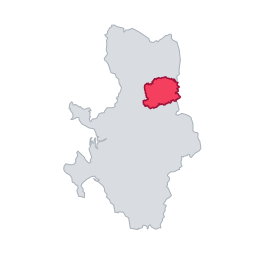 Ukraine, with Zhytomyr highlighted, rotated 82°
{"feature_id": "UKR-324", "entity_name": "Zhytomyr", "entity_type": "Region", "adm_level": 1, "iso_a3": "UKR", "parent_name": "Ukraine", "parent_adm1": "", "projection": "mercator", "projection_center": [28.508, 50.617], "detail": "fine", "context": "in_parent", "style": "filled", "palette": "rose", "viewbox_px": 256, "rotation_deg": 82, "n_neighbors": 0, "source": "natural_earth", "source_scale": "10m", "svg_char_len": 7988}
<svg xmlns="http://www.w3.org/2000/svg" viewBox="0 0 256 256"><g transform="rotate(82 128 128)"><path d="M173.0,175.9L175.7,180.1L178.0,182.3L179.2,182.4L182.4,180.9L184.4,181.4L186.3,180.0L190.9,181.0L189.5,183.7L188.8,186.4L182.8,187.4L180.6,185.8L178.2,185.8L176.9,187.8L174.5,189.2L173.8,190.7L169.5,190.6L166.6,192.0L164.4,195.0L162.0,196.8L160.1,197.4L157.2,196.7L154.8,194.7L156.7,189.0L156.0,185.9L154.2,184.4L151.8,184.3L148.7,181.7L145.1,182.1L143.9,180.8L151.3,175.1L152.9,174.9L157.3,171.8L156.5,169.4L154.6,170.0L152.0,168.0L143.6,169.6L138.5,166.6L136.1,166.3L135.5,165.5L138.0,164.9L138.2,163.8L134.8,163.1L132.9,161.7L142.2,163.0L144.7,160.7L142.2,161.5L139.5,161.0L138.6,160.2L137.4,157.8L137.4,154.5L136.2,151.5L135.3,150.6L137.1,155.4L136.6,160.1L132.7,159.8L133.0,157.9L131.2,160.4L128.1,160.5L124.2,161.7L122.5,166.5L117.5,173.2L112.9,175.4L111.3,175.0L110.7,175.6L110.3,177.6L111.1,178.6L111.8,181.8L111.6,183.2L110.0,181.4L108.1,180.6L106.0,180.8L102.2,182.7L100.9,182.4L101.0,183.3L100.6,183.6L97.1,182.7L95.5,181.8L94.3,180.1L95.4,179.3L97.6,179.0L97.5,176.5L100.3,173.4L100.4,172.0L102.8,170.1L103.5,168.0L102.6,164.9L102.9,163.3L105.5,162.2L105.8,164.6L106.3,164.4L106.9,163.2L110.5,164.3L111.6,163.5L113.1,165.1L115.8,164.7L116.5,163.9L114.1,162.0L114.3,158.8L113.5,157.1L110.0,154.8L109.3,152.0L109.6,149.6L107.8,148.6L105.0,145.8L105.8,140.9L105.6,139.1L104.8,137.7L102.5,137.9L100.8,135.0L98.0,134.5L97.2,135.5L96.7,134.5L95.8,134.6L95.8,133.4L95.2,132.9L92.9,132.6L92.3,131.5L89.8,129.8L86.6,128.8L84.9,129.9L84.2,129.6L82.9,130.6L78.5,130.4L75.9,132.6L72.3,133.5L71.9,135.1L70.6,137.2L62.5,138.6L59.1,140.1L58.0,141.4L55.9,141.9L52.3,138.3L51.2,138.0L47.7,138.7L41.8,137.2L38.8,137.2L35.7,135.6L34.7,137.0L32.6,138.0L32.4,136.6L31.4,135.2L29.2,134.7L28.5,133.5L26.5,132.6L25.4,130.0L24.0,130.0L24.1,127.2L25.9,125.1L28.7,118.3L32.2,118.9L32.3,118.2L30.6,116.6L31.0,114.4L30.0,110.1L30.6,108.9L34.5,103.6L42.3,95.0L45.3,94.4L46.6,92.2L46.7,90.7L45.4,87.6L46.8,86.5L46.7,86.0L45.4,84.7L44.0,81.3L41.7,77.9L41.9,76.4L41.0,74.1L41.1,72.4L43.2,71.9L45.0,72.8L47.1,71.4L49.8,67.6L57.9,66.4L67.9,66.7L77.7,69.4L81.9,69.7L83.7,72.6L87.2,72.5L88.2,73.1L88.4,74.8L90.2,72.7L92.0,73.3L94.0,72.4L98.8,73.6L99.3,75.2L100.3,75.7L101.7,73.7L104.6,72.0L107.4,76.6L109.8,75.6L116.8,74.8L118.5,76.3L118.8,77.7L121.2,78.8L122.3,77.1L121.1,72.6L121.7,70.9L123.7,67.0L126.3,64.2L133.1,63.1L139.5,64.1L141.3,62.9L142.3,60.0L143.1,59.3L147.4,60.3L151.3,58.7L158.1,58.6L160.3,60.3L162.5,65.5L165.8,69.2L165.6,70.4L162.6,71.1L162.5,71.7L163.5,73.4L163.8,77.0L164.4,77.4L163.7,78.9L166.9,79.3L169.4,80.5L173.5,79.9L174.6,82.5L176.3,82.8L176.4,84.6L177.8,88.6L177.3,90.8L177.5,92.1L179.6,95.2L180.5,95.6L183.0,93.9L185.6,94.4L187.8,96.8L190.1,96.8L191.5,98.1L193.1,96.6L200.7,94.4L202.6,96.6L202.9,97.9L204.0,99.9L208.0,103.3L209.1,102.9L209.5,101.4L210.4,100.9L212.6,102.5L214.9,102.7L218.0,105.0L221.0,104.4L222.5,106.4L224.3,106.7L228.0,109.5L231.5,109.4L231.2,112.0L232.0,113.1L231.8,115.2L229.3,118.5L226.9,119.5L227.7,121.1L230.4,122.2L230.6,122.8L228.1,123.0L227.1,124.2L226.4,126.8L228.6,127.6L229.3,130.8L228.8,131.8L230.0,132.4L227.5,139.7L216.9,139.9L214.8,142.8L211.7,143.8L210.7,144.6L209.7,148.7L210.7,149.5L209.7,151.2L209.9,152.6L202.1,152.9L199.8,155.6L196.4,156.3L193.5,159.0L192.3,158.2L190.8,158.2L187.5,159.9L184.6,159.8L182.3,160.5L177.4,164.6L175.1,168.1L172.9,169.2L176.0,166.3L176.1,164.8L175.4,163.6L173.5,166.5L171.0,167.8L171.1,171.2L173.0,175.9ZM139.8,168.4L133.0,166.7L132.4,164.7L133.9,166.4L139.8,168.4Z" fill="#d9dde1" stroke="#a8b0b8" stroke-width="1"/><path d="M94.3,71.6L94.5,71.6L94.7,71.8L94.7,72.0L94.7,72.3L94.8,72.5L95.0,72.7L95.3,72.9L95.4,73.0L95.5,73.2L95.6,73.7L95.7,73.9L95.8,74.0L96.0,73.9L96.3,73.6L96.9,73.2L97.2,73.1L97.5,73.1L98.5,73.3L98.8,73.4L98.9,73.7L98.9,74.1L99.1,75.1L99.2,75.4L99.3,75.6L99.5,75.6L99.8,75.5L100.0,75.5L100.1,76.1L100.3,76.2L100.5,76.0L100.5,75.7L100.5,75.0L100.5,74.7L100.8,74.2L101.1,73.8L101.4,73.5L101.8,73.3L102.2,73.3L102.9,73.2L103.2,73.1L103.4,72.9L103.7,72.3L103.9,72.1L104.1,72.0L104.4,72.0L104.8,72.1L105.1,72.3L105.2,72.5L105.5,73.2L105.9,73.8L106.0,74.1L106.1,74.6L105.9,75.0L106.0,75.2L106.2,75.4L106.5,75.7L106.6,76.0L106.7,76.4L106.8,76.8L107.1,76.9L107.3,76.8L107.5,76.7L107.5,76.9L107.6,77.0L107.9,76.9L107.9,77.1L107.9,78.0L107.7,78.4L107.6,78.6L107.4,78.8L107.1,79.0L106.9,79.1L106.6,79.2L106.5,79.3L106.7,80.1L106.9,81.0L106.9,81.3L107.0,81.5L107.1,81.4L107.4,81.0L107.6,81.0L107.8,81.2L108.2,81.5L108.3,81.7L108.3,81.9L108.4,82.0L108.8,82.2L109.0,82.3L109.1,82.6L108.8,83.1L108.7,83.4L108.8,84.1L108.7,84.2L108.4,84.0L108.0,84.0L107.9,84.1L108.0,84.4L108.1,84.5L108.3,84.7L108.9,85.7L109.2,86.0L109.3,86.2L109.0,87.5L109.6,87.7L109.9,87.7L110.0,87.8L110.0,88.1L110.1,88.3L110.2,88.9L110.2,89.1L110.2,89.3L109.6,89.7L109.5,90.0L109.2,90.5L108.9,90.9L108.9,91.1L109.0,91.2L109.3,91.4L109.3,91.6L109.1,92.2L108.9,92.2L108.9,92.3L108.9,92.5L109.1,92.6L109.2,92.8L109.1,93.3L108.8,93.5L108.6,93.4L108.5,93.5L108.8,93.8L108.7,94.0L108.3,94.1L108.4,94.3L108.5,94.4L109.1,94.2L109.6,94.2L109.8,94.3L109.9,94.5L110.1,94.8L110.2,95.3L110.3,95.6L110.4,95.9L110.4,96.0L110.5,96.1L110.8,96.1L111.1,96.7L111.2,96.8L111.4,96.9L111.4,97.0L111.4,97.9L111.4,98.5L111.5,98.7L111.8,98.9L111.8,99.1L111.8,99.4L111.9,99.6L111.8,99.8L111.6,99.9L111.2,100.1L111.1,100.3L111.3,101.2L111.2,101.4L111.2,101.5L111.9,102.8L111.9,103.0L111.5,103.4L111.1,103.7L111.0,103.9L110.7,104.3L110.4,104.4L110.2,104.6L109.8,104.8L109.4,105.1L109.1,105.1L108.9,105.3L108.6,105.4L108.4,105.6L108.5,105.7L108.6,105.9L108.6,106.2L108.5,106.6L108.2,107.0L108.4,107.1L108.9,107.0L109.0,107.1L109.0,107.5L108.9,107.6L108.7,107.7L108.6,107.8L108.6,108.1L108.3,108.1L108.2,108.1L107.7,108.6L106.8,108.7L106.6,108.8L106.5,109.2L106.4,109.3L106.2,109.2L104.9,109.3L104.1,109.2L103.7,109.2L103.3,109.1L103.2,109.0L103.1,108.9L103.3,108.6L103.2,108.2L103.1,107.9L102.8,107.7L102.9,107.4L103.4,106.6L103.0,106.2L102.9,106.0L102.7,105.6L102.7,105.3L102.7,105.0L102.7,104.9L102.6,104.7L102.4,104.5L102.4,104.4L102.4,104.2L102.2,104.1L101.5,104.0L101.4,104.0L101.2,104.3L101.1,104.5L100.7,104.6L100.5,104.8L100.4,105.1L100.3,105.4L100.2,105.5L99.1,105.4L98.7,105.6L98.4,105.7L98.2,105.5L97.9,105.3L96.8,105.3L96.7,105.3L96.4,105.7L96.3,105.8L96.2,105.9L95.9,105.9L95.7,105.9L95.1,105.7L94.9,105.6L94.6,105.8L93.5,105.8L92.5,106.1L92.1,106.1L91.3,106.0L90.3,106.1L87.9,105.4L87.8,105.2L87.7,104.9L87.2,104.2L87.2,103.9L87.2,103.7L86.6,103.5L86.5,103.3L86.6,102.9L86.9,102.8L87.0,102.7L86.9,102.5L86.6,101.9L86.6,101.7L87.2,101.8L87.3,101.8L87.5,101.7L87.9,101.4L87.9,101.2L88.0,101.0L87.9,100.8L87.8,100.7L87.6,100.6L87.5,100.4L87.5,100.1L87.7,99.8L87.8,99.7L87.7,99.7L87.5,99.3L87.8,99.1L87.8,98.9L87.7,98.8L87.3,98.3L87.3,98.2L87.3,97.6L87.3,97.3L87.3,97.2L87.2,97.2L86.8,97.6L86.7,97.8L86.1,97.8L85.9,97.8L85.9,97.7L85.8,97.4L85.4,97.1L85.3,96.9L85.2,96.9L84.9,96.8L84.9,96.7L85.0,96.5L84.9,96.4L83.8,95.7L83.7,95.5L83.7,95.3L83.6,95.2L83.1,95.0L82.9,94.8L82.9,94.7L83.1,93.9L83.2,93.7L83.4,93.5L83.8,93.3L83.8,93.2L83.7,93.1L83.3,93.0L83.1,92.6L82.9,92.4L82.7,92.1L82.9,91.6L83.0,91.3L83.0,91.2L82.9,91.1L82.6,90.9L82.5,90.7L82.8,89.9L83.0,89.6L83.4,88.8L83.4,88.5L83.3,88.2L82.9,87.5L82.9,87.3L82.9,87.0L83.0,86.0L83.0,85.7L82.8,85.4L82.8,85.2L83.0,85.0L83.0,84.9L82.8,84.6L82.8,84.2L82.6,83.8L82.7,83.6L82.8,83.3L82.9,83.2L83.0,83.1L83.4,83.0L83.7,82.8L84.0,82.3L84.2,82.0L84.3,81.8L84.4,81.0L84.7,80.7L84.9,80.1L85.0,80.0L85.3,79.8L85.5,79.5L85.5,79.2L85.1,78.2L85.9,77.8L86.0,77.7L86.2,77.3L86.2,77.1L85.9,76.9L85.9,76.7L86.1,75.5L86.3,75.5L86.5,75.9L86.6,76.0L87.0,76.4L87.3,76.3L87.2,76.2L87.0,75.8L86.9,75.7L87.0,75.2L87.0,74.9L87.6,74.7L88.0,74.6L88.2,74.9L88.4,75.0L88.5,75.1L88.8,74.9L89.4,74.2L89.5,73.8L89.4,73.2L89.5,72.8L89.7,72.5L89.9,72.3L90.1,72.3L90.4,72.4L91.1,73.2L91.3,73.3L91.5,73.3L92.7,73.3L92.9,73.3L93.2,73.0L93.5,72.3L93.8,71.9L94.0,71.7L94.3,71.6Z" fill="#f43f5e" stroke="#9f1239" stroke-width="1.5"/></g></svg>